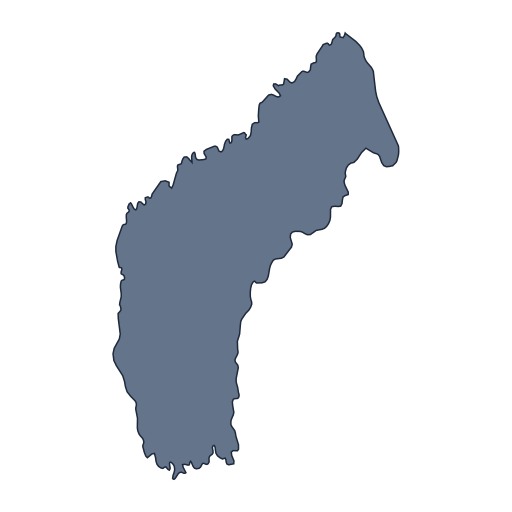 an SVG outline of Misiones, rotated 178°
{"feature_id": "ARG-1312", "entity_name": "Misiones", "entity_type": "Province", "adm_level": 1, "iso_a3": "ARG", "parent_name": "Argentina", "parent_adm1": "", "projection": "equal_earth", "projection_center": [-54.653, -26.821], "detail": "fine", "context": "isolated", "style": "filled", "palette": "slate", "viewbox_px": 512, "rotation_deg": 178, "n_neighbors": 0, "source": "natural_earth", "source_scale": "10m", "svg_char_len": 5918}
<svg xmlns="http://www.w3.org/2000/svg" viewBox="0 0 512 512"><g transform="rotate(178 256 256)"><path d="M285.7,62.3L287.6,60.8L287.2,57.4L285.2,52.0L285.5,49.1L290.5,48.3L292.3,49.1L293.0,51.1L293.2,53.5L294.0,55.1L296.6,54.3L299.1,55.7L301.4,57.6L302.9,60.3L303.4,63.9L303.4,65.4L303.8,67.2L304.6,68.2L305.8,67.5L306.3,66.1L305.8,62.6L305.8,60.8L306.6,59.5L308.9,57.9L309.8,56.6L310.1,55.0L310.0,53.3L310.1,51.7L311.1,50.1L312.2,49.5L313.3,49.6L315.5,50.7L316.8,50.4L318.8,47.0L320.3,45.8L323.1,45.4L324.9,46.1L326.3,48.1L327.6,51.6L328.5,53.1L329.2,52.2L330.0,49.6L331.1,49.4L331.8,49.5L334.2,50.3L336.7,50.1L336.1,47.2L333.6,41.9L334.6,41.3L335.9,41.5L338.2,42.6L339.8,42.3L341.2,41.3L344.4,36.7L345.2,36.0L345.9,35.7L346.5,35.9L347.1,36.7L346.5,39.8L345.4,42.5L344.7,45.3L345.0,48.6L345.7,50.1L346.8,51.7L348.1,52.8L349.2,52.9L349.7,51.7L349.6,49.9L349.3,48.0L349.3,46.4L350.1,45.0L351.4,45.8L353.5,48.4L355.1,48.0L355.8,47.4L356.6,47.0L358.4,47.5L360.7,49.1L362.3,51.5L363.1,54.5L363.4,57.9L364.4,62.2L366.9,61.8L371.6,58.2L373.1,59.9L374.4,63.5L375.8,69.6L375.6,71.0L375.0,72.3L374.6,73.8L374.9,75.9L375.7,77.7L378.1,80.6L379.1,82.2L380.2,85.3L380.6,88.2L380.1,98.0L381.5,106.9L381.4,108.7L381.0,110.1L380.7,111.7L381.0,113.8L381.9,115.5L386.1,120.1L389.5,124.7L391.0,129.8L391.8,135.3L393.4,141.1L399.4,151.3L401.7,156.6L402.3,163.3L400.9,168.8L395.5,177.8L394.4,182.7L395.8,198.3L395.8,203.4L394.0,205.2L393.1,206.4L392.8,207.5L393.0,209.2L393.4,210.9L393.9,211.9L394.1,211.4L393.7,214.3L392.1,220.0L392.0,223.1L392.6,229.4L392.4,232.5L391.6,235.6L390.6,236.5L389.4,236.7L388.4,237.2L388.1,239.0L388.7,241.0L389.7,242.0L390.8,242.5L391.4,243.1L391.4,244.7L390.6,247.1L390.7,248.7L391.1,249.0L392.6,249.2L393.1,249.4L394.5,255.6L395.9,265.4L395.7,270.5L394.2,276.5L388.7,290.4L388.1,291.4L387.2,292.0L385.3,292.3L384.6,292.9L384.1,295.1L384.3,299.8L384.1,302.0L383.5,303.1L381.7,304.5L381.2,305.4L381.2,306.6L382.4,308.2L382.3,309.6L381.0,312.4L379.5,313.5L378.7,312.5L377.5,309.8L376.2,307.3L374.5,306.3L373.5,307.5L372.4,312.7L371.1,314.3L369.1,313.9L367.5,312.2L366.0,310.9L364.4,311.9L364.1,314.1L364.7,316.4L364.6,318.1L362.2,318.8L361.3,318.5L360.8,317.9L360.2,317.5L359.3,317.6L358.5,318.6L357.6,321.6L348.5,333.7L344.0,334.3L340.3,332.7L340.5,329.1L339.4,328.0L337.9,326.8L336.4,329.7L332.8,341.0L332.3,342.2L331.6,343.3L331.1,344.7L331.4,348.1L331.1,349.5L330.2,350.0L328.8,350.3L327.5,350.8L326.9,352.4L326.5,353.8L325.8,355.4L324.9,356.7L324.3,357.4L321.8,357.5L320.0,355.9L318.4,353.7L316.7,351.8L316.9,357.1L316.7,358.6L315.9,360.4L314.8,361.6L313.8,361.7L313.3,360.3L312.9,356.5L311.6,354.5L309.7,353.9L304.7,354.2L302.7,354.8L302.3,356.6L304.3,360.3L304.3,362.5L301.8,364.3L293.7,367.2L292.5,367.1L291.2,366.4L290.7,365.6L289.5,362.6L289.1,361.9L288.1,361.7L287.5,361.3L286.8,361.4L285.7,362.5L284.8,364.0L284.3,365.7L283.6,368.7L282.3,371.8L280.6,373.7L279.1,373.5L278.5,370.5L278.1,369.7L277.2,369.9L276.4,370.9L276.0,372.7L276.0,374.9L275.9,376.2L275.4,376.9L274.3,377.7L273.1,378.0L270.4,377.7L269.1,377.7L263.9,379.8L263.1,379.5L263.0,379.2L262.2,378.0L261.9,377.7L261.5,377.4L261.7,376.6L262.1,375.6L262.4,374.9L261.7,373.1L260.1,373.6L258.4,375.3L257.3,376.7L256.5,380.1L256.1,384.2L255.1,387.8L252.6,389.3L249.6,389.2L248.5,389.7L248.8,395.9L248.1,403.1L247.5,406.8L246.7,408.5L244.3,409.6L237.8,416.4L234.9,417.0L232.6,416.1L230.5,414.8L228.0,414.1L225.9,415.3L227.2,418.0L231.0,422.1L232.8,425.5L232.3,427.3L230.3,427.3L227.6,425.4L226.4,426.0L223.6,426.1L222.6,426.6L222.2,427.6L221.3,432.2L218.7,431.6L216.0,428.5L214.0,427.7L211.5,428.9L209.7,431.6L208.3,434.4L203.8,438.6L202.6,439.1L201.3,438.8L198.7,437.7L197.2,437.9L195.2,440.1L194.8,443.1L194.2,445.8L191.7,447.0L190.4,447.1L189.5,447.5L188.9,448.3L188.8,449.8L188.9,453.4L188.6,454.3L187.9,455.9L182.3,463.6L181.6,464.9L178.6,466.0L177.3,466.2L176.4,465.6L175.9,464.7L175.1,464.1L173.5,464.9L173.0,465.8L171.8,469.6L171.2,470.2L169.6,471.6L168.9,472.4L168.3,473.7L168.1,475.0L167.7,475.9L166.3,476.3L164.8,475.7L164.5,474.4L164.6,473.0L164.2,471.9L161.3,471.2L159.9,473.3L159.1,475.7L158.7,475.2L148.8,467.0L145.0,462.8L143.3,460.4L142.4,458.5L141.6,456.7L141.3,455.0L141.1,451.9L140.5,449.9L139.4,447.3L138.1,445.3L134.2,440.5L133.1,438.4L132.3,436.5L131.7,428.6L130.7,416.5L129.8,411.2L127.9,405.0L109.9,361.2L109.7,359.5L109.7,355.7L109.9,353.6L110.2,351.7L111.9,346.1L112.2,345.6L112.8,344.6L116.1,341.6L116.2,341.4L116.8,341.4L119.8,340.8L122.7,340.7L125.2,341.9L127.1,345.0L129.0,351.2L130.1,352.9L131.6,353.9L134.9,355.0L142.4,359.9L147.0,355.6L151.4,349.3L154.9,346.1L158.0,345.5L160.6,343.7L162.6,340.8L163.8,337.1L163.9,334.8L163.6,333.4L163.5,332.3L165.1,328.9L165.4,327.2L165.1,325.4L164.6,323.5L161.6,316.7L161.7,314.2L165.0,313.2L167.0,311.9L167.7,308.9L168.2,305.5L169.6,302.9L172.1,302.6L175.5,303.0L178.6,302.6L179.9,300.0L180.2,292.3L180.9,289.0L182.4,285.8L184.5,283.0L186.6,281.3L189.1,280.4L194.9,279.5L201.0,275.5L204.0,275.5L206.6,276.8L208.9,278.3L210.9,279.0L215.8,279.3L218.7,278.7L220.7,276.7L221.1,273.1L219.4,266.6L220.2,263.7L228.2,254.0L230.7,252.9L236.8,252.3L238.9,251.2L240.6,248.6L241.9,246.1L242.8,243.2L244.4,235.6L245.7,232.3L247.8,229.9L250.8,229.0L256.3,229.0L257.2,229.6L257.8,230.5L258.5,230.9L259.8,230.1L261.5,227.4L262.5,223.7L263.0,219.6L263.1,215.8L262.7,212.8L262.0,210.4L261.9,208.1L263.1,205.1L264.9,202.3L268.4,198.9L272.3,193.6L273.4,191.4L273.9,188.7L275.1,178.5L275.5,177.6L275.7,176.7L277.6,171.4L277.6,163.9L277.3,160.7L277.4,159.9L277.5,159.4L278.5,157.2L279.9,154.8L280.7,152.9L280.3,150.7L278.0,147.5L277.6,144.9L280.1,134.3L280.2,130.5L278.9,125.2L278.3,120.1L277.8,118.4L277.8,116.7L278.5,114.9L279.5,114.3L282.6,114.1L283.6,113.7L284.7,111.2L284.6,108.0L283.6,100.5L284.3,97.8L285.6,95.2L286.8,92.2L287.0,88.5L286.2,86.5L283.4,82.3L282.8,80.0L282.4,76.7L280.1,68.0L280.2,63.6L281.3,62.0L285.7,62.3Z" fill="#64748b" stroke="#1e293b" stroke-width="1.5"/></g></svg>